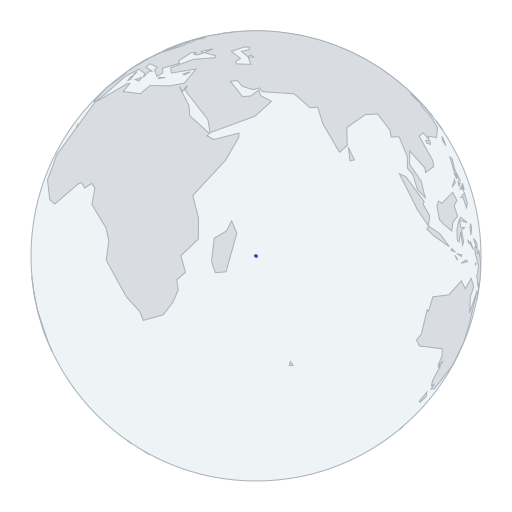 globe centered on La Réunion
{"feature_id": "FRA-4601", "entity_name": "La Réunion", "entity_type": "Overseas department", "adm_level": 1, "iso_a3": "FRA", "parent_name": "France", "parent_adm1": "", "projection": "orthographic", "projection_center": [55.548, -21.116], "detail": "fine", "context": "on_globe", "style": "filled", "palette": "violet", "viewbox_px": 512, "rotation_deg": 0, "n_neighbors": 0, "source": "natural_earth", "source_scale": "10m", "svg_char_len": 6162}
<svg xmlns="http://www.w3.org/2000/svg" viewBox="0 0 512 512"><circle cx="256" cy="256" r="225" fill="#eef3f6" stroke="#a8b0b8"/><path d="M31.7,276.5L31.8,277.1L33.5,289.8L37.1,309.3L48.4,343.0L52.1,351.7L44.5,333.7L38.6,315.0L34.3,295.9L31.7,276.5ZM143.5,451.2L143.9,451.4L150.1,454.9L143.5,451.2ZM131.7,443.8L126.9,440.4L127.3,440.5L130.8,443.0L131.7,443.8ZM204.0,36.8L192.9,39.8L188.8,41.1L188.8,41.4L175.8,46.7L169.3,49.1L174.8,45.9L166.2,49.4L167.2,48.9L185.4,42.1L204.0,36.8ZM232.5,31.9L234.4,31.8L229.0,32.5L222.0,33.3L224.4,33.4L226.2,32.9L229.4,32.7L235.1,31.8L237.6,31.7L238.7,31.4L239.7,31.3L242.5,31.1L241.7,31.3L253.4,30.7L262.4,30.8L263.5,30.8L272.3,31.3L274.9,31.5L275.1,31.5L281.5,32.2L280.5,32.2L282.4,32.4L284.4,32.5L301.4,35.3L318.1,39.4L334.4,44.8L350.3,51.4L365.6,59.2L380.3,68.1L394.3,78.2L407.4,89.2L419.7,101.3L431.1,114.2L432.8,116.4L431.7,115.4L426.7,109.0L421.7,103.6L419.0,100.5L415.6,97.9L411.6,93.4L410.8,94.1L415.9,99.3L420.4,102.8L421.5,106.1L431.6,117.9L437.5,127.7L436.5,137.6L428.3,136.2L428.8,139.2L423.1,132.8L419.2,136.2L432.8,160.6L433.7,166.4L425.7,172.6L424.8,167.9L409.7,151.0L409.6,164.3L421.1,181.1L425.2,197.7L417.4,189.4L413.0,174.9L407.6,168.5L407.2,156.3L399.1,136.8L391.2,137.0L390.0,130.2L377.7,114.0L365.3,114.6L346.8,127.6L347.2,145.5L339.5,152.3L322.9,123.9L317.6,107.2L310.2,107.8L294.2,93.8L262.5,91.7L259.3,87.9L253.1,89.7L242.0,86.2L237.6,80.6L230.3,81.3L242.5,96.5L250.5,96.1L258.9,89.9L260.6,95.7L271.5,101.3L255.0,116.2L210.1,132.6L207.9,119.6L185.0,90.2L186.9,86.8L186.9,86.4L186.8,85.8L182.5,91.6L179.3,86.7L189.1,106.0L189.8,115.8L209.4,133.4L207.0,135.8L214.0,139.5L239.0,133.1L238.6,137.7L225.5,160.3L192.8,195.5L198.5,218.3L198.3,239.1L180.9,255.7L185.4,272.3L176.8,279.9L178.2,289.9L173.0,302.0L163.2,314.9L143.3,320.4L139.7,311.4L126.2,296.6L106.3,260.3L108.8,240.8L106.0,227.9L91.9,204.5L94.9,188.2L91.7,183.4L84.8,188.0L81.4,182.5L77.5,184.4L54.9,204.0L49.7,199.7L47.5,179.8L52.7,166.5L56.6,155.0L95.4,101.7L100.3,99.5L127.1,83.7L129.8,83.5L123.1,91.6L140.4,93.7L150.1,85.5L169.3,85.9L184.3,83.2L196.0,69.1L171.4,73.0L170.7,67.8L193.2,59.4L215.2,57.7L215.6,55.7L204.7,52.7L212.8,48.8L201.2,51.6L203.7,53.0L196.5,55.1L193.9,54.1L196.8,52.5L191.1,52.7L178.4,61.0L179.6,63.3L162.6,68.2L162.8,72.8L157.1,76.5L154.6,70.2L157.1,67.1L150.0,63.7L145.7,67.1L152.2,71.0L148.9,71.5L143.2,77.3L144.8,73.3L138.9,69.2L125.5,76.3L103.3,95.7L96.6,100.7L93.4,101.9L106.8,87.5L120.2,78.1L125.2,73.9L127.0,71.5L130.9,69.2L133.3,67.4L138.8,64.3L151.1,57.2L157.4,54.4L166.5,49.5L171.0,47.6L164.3,50.9L163.0,52.0L179.2,46.8L183.6,45.2L188.2,42.7L192.1,42.0L194.5,40.3L205.9,37.6L194.0,39.9L199.2,38.1L208.4,35.8L208.1,35.9L232.5,31.9ZM78.3,123.7L76.3,127.2L78.3,123.7ZM236.3,63.9L250.9,64.3L248.2,57.2L253.6,57.0L250.7,54.9L247.9,56.7L241.4,51.4L249.1,49.7L249.3,47.2L244.3,47.0L231.3,51.3L240.6,58.5L235.5,61.5L236.3,63.9ZM147.3,58.7L145.8,59.8L141.9,62.3L129.4,69.7L135.6,65.6L135.0,66.0L147.3,58.7ZM135.2,79.5L137.7,78.9L142.2,77.1L138.7,81.1L135.2,79.5ZM130.8,76.8L133.4,75.4L130.6,79.4L128.0,80.4L130.8,76.8ZM137.2,71.5L133.8,75.0L134.0,73.7L137.2,71.5ZM167.0,49.8L170.0,48.5L169.5,49.0L166.7,50.3L167.0,49.8ZM190.5,71.9L184.8,75.0L183.1,74.2L185.4,73.2L190.5,71.9ZM159.5,77.4L165.5,77.5L158.5,78.5L159.5,77.4ZM290.5,361.5L293.0,365.5L289.2,365.4L290.5,361.5ZM236.8,233.2L226.0,271.8L215.3,272.7L211.5,261.4L214.3,238.2L226.3,231.1L231.6,221.0L236.8,233.2ZM454.7,255.1L457.5,258.9L457.2,259.8L454.7,255.1ZM451.9,248.6L455.4,252.1L451.0,250.4L451.9,248.6ZM456.7,253.5L460.3,254.9L461.8,254.7L461.3,256.5L456.7,253.5ZM449.3,246.6L433.6,235.7L426.9,229.1L428.9,226.2L439.8,233.7L449.3,246.6ZM428.4,225.8L417.5,209.8L399.4,173.8L405.9,176.7L424.2,201.6L423.1,204.2L429.7,215.7L428.4,225.8ZM453.0,222.1L451.8,231.0L443.6,224.1L439.6,219.9L436.9,206.1L438.4,201.1L441.8,203.4L452.7,192.3L456.9,200.3L454.2,205.8L457.5,216.4L453.0,222.1ZM348.4,147.4L354.4,159.9L350.0,160.9L348.4,147.4ZM455.3,182.7L452.1,187.3L454.4,179.6L455.3,182.7ZM455.6,174.6L456.7,178.9L454.2,173.4L455.6,174.6ZM430.4,144.4L426.9,143.1L425.9,140.3L429.8,140.4L430.4,144.4ZM442.0,136.3L445.2,143.7L445.7,145.8L442.5,140.1L442.0,136.3ZM399.3,429.8L401.4,428.0L403.3,426.4L399.3,429.8ZM419.3,401.3L426.8,392.2L426.1,396.5L420.1,402.3L419.3,401.3ZM442.2,348.8L419.5,346.0L416.5,340.0L421.5,333.9L427.1,309.7L428.5,311.3L432.9,296.8L448.7,294.9L461.4,280.9L465.3,288.8L471.2,278.4L473.7,286.7L470.3,296.7L469.7,312.7L477.1,290.7L469.0,325.4L463.4,342.9L452.8,365.0L434.4,388.7L431.0,389.2L433.8,384.5L431.4,385.6L432.8,380.0L440.4,366.1L437.8,367.3L443.4,361.0L438.2,365.2L442.1,355.9L442.2,348.8ZM461.4,263.3L465.9,259.9L467.7,261.6L461.4,263.3ZM477.0,299.6L477.6,296.3L479.3,282.8L478.0,286.0L476.7,275.7L477.8,273.1L478.3,265.0L475.3,253.5L474.7,247.3L476.3,247.5L473.5,238.4L476.7,242.6L477.4,254.2L478.9,250.8L480.3,259.1L480.7,268.8L479.9,281.2L479.7,282.6L478.2,293.1L477.0,299.6ZM475.5,262.5L476.0,263.6L475.3,265.4L475.5,262.5ZM469.3,241.7L469.0,244.0L468.0,240.5L469.3,241.7ZM470.7,242.2L473.4,249.6L470.3,243.9L470.7,242.2ZM459.6,220.4L460.8,227.4L464.6,227.6L461.6,229.9L463.6,242.4L462.5,245.2L460.7,231.9L459.0,242.0L457.3,240.1L456.9,229.7L459.0,220.2L460.7,217.3L467.2,222.6L459.6,220.4ZM470.9,235.0L470.0,227.0L470.6,223.5L471.6,228.3L470.9,235.0ZM466.5,207.7L463.0,197.3L460.8,197.4L464.4,192.8L467.3,203.5L466.5,207.7ZM462.1,189.1L460.1,189.1L461.6,185.9L462.1,189.1ZM459.1,186.0L457.9,180.8L460.0,183.5L459.1,186.0ZM463.4,190.7L462.2,182.9L464.1,188.8L463.4,190.7ZM454.6,169.2L460.6,181.4L454.4,172.5L449.9,157.0L452.2,158.9L454.6,169.2ZM440.8,127.1L442.6,129.8L436.9,121.8L436.3,120.9L440.8,127.1Z" fill="#d9dde1" stroke="#a8b0b8" stroke-width="1"/><path d="M256.9,256.0L257.1,256.0L257.1,256.3L257.0,256.6L257.0,256.8L256.9,256.9L256.7,256.9L256.6,257.0L256.4,257.0L256.2,257.0L256.0,256.9L255.8,256.9L255.7,256.8L255.5,256.7L255.4,256.6L255.2,256.6L255.1,256.4L255.1,256.2L254.9,255.9L254.8,255.7L255.0,255.5L255.0,255.4L255.1,255.2L255.3,255.1L255.5,255.0L255.8,255.0L256.0,255.1L256.4,255.1L256.5,255.2L256.5,255.3L256.6,255.5L256.7,255.8L256.8,255.8L256.9,256.0Z" fill="#8b5cf6" stroke="#5b21b6" stroke-width="1.5"/></svg>